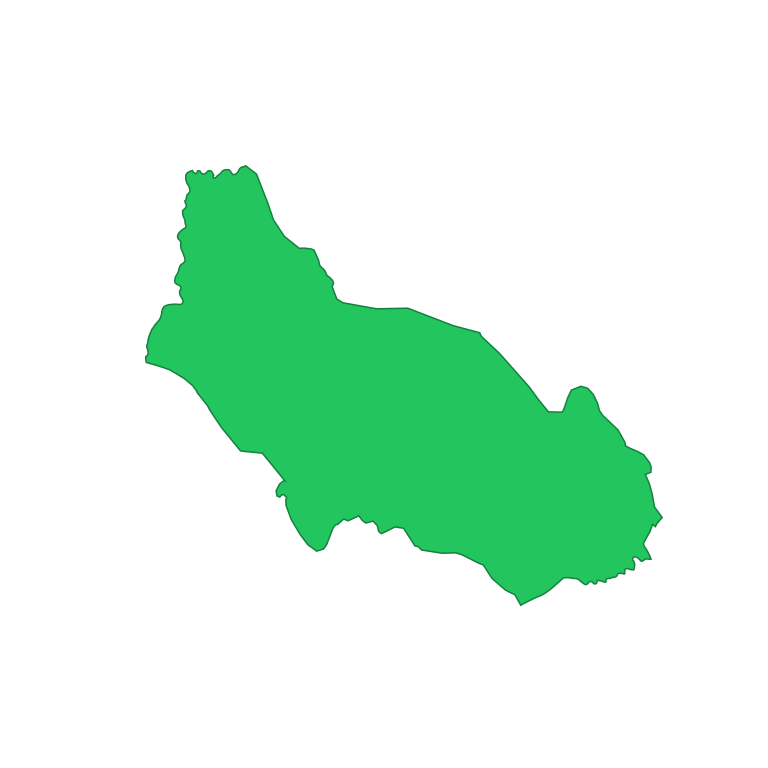 Ar Rujum, Al Mahwit, Yemen, rotated 154°
{"feature_id": "15242507B44353652125997", "entity_name": "Ar Rujum", "entity_type": "district", "adm_level": 2, "iso_a3": "YEM", "parent_name": "Yemen", "parent_adm1": "Al Mahwit", "projection": "robinson", "projection_center": [43.673, 15.406], "detail": "fine", "context": "isolated", "style": "filled", "palette": "green", "viewbox_px": 768, "rotation_deg": 154, "n_neighbors": 0, "source": "geoboundaries", "source_scale": "gbopen_adm2", "svg_char_len": 5619}
<svg xmlns="http://www.w3.org/2000/svg" viewBox="0 0 768 768"><g transform="rotate(154 384 384)"><path d="M220.8,109.5L220.5,112.5L220.5,116.7L220.7,120.6L221.2,124.1L220.9,126.7L220.8,126.9L213.6,132.1L209.8,134.6L204.3,140.0L202.5,136.8L200.5,138.6L192.5,142.1L194.8,154.7L191.1,168.0L189.5,176.3L189.1,180.0L188.7,188.1L182.8,187.7L180.1,192.8L179.8,197.0L181.4,204.9L181.5,206.3L185.3,211.7L191.1,218.5L194.0,222.5L193.0,226.1L193.8,240.1L201.2,260.0L202.0,265.5L200.5,273.3L200.5,279.6L200.5,282.9L202.8,290.9L205.2,293.1L208.2,295.7L208.7,295.7L218.3,296.4L224.8,291.2L231.6,284.3L234.7,281.4L236.6,280.8L248.4,286.9L251.9,301.8L254.9,318.2L257.8,328.6L266.7,360.6L275.6,384.1L275.5,388.1L278.0,390.3L296.0,405.9L301.1,411.3L329.4,441.7L357.8,454.9L385.4,475.1L389.1,481.1L388.5,488.5L387.8,494.6L385.9,495.9L385.0,497.0L384.8,499.6L386.6,504.9L387.6,505.7L387.6,511.9L387.7,512.7L389.9,518.7L389.6,519.2L388.5,524.1L388.2,535.1L390.5,537.5L396.1,541.1L400.7,543.1L408.9,560.5L411.4,579.9L409.6,593.9L409.3,595.8L406.6,628.1L406.8,628.8L407.1,629.7L410.2,635.8L412.6,640.7L414.3,640.8L416.2,641.2L418.0,641.2L419.7,640.6L421.2,639.5L422.6,638.5L424.6,637.8L426.3,637.7L428.0,638.5L428.6,640.6L428.7,642.4L429.3,644.4L430.8,645.3L432.5,646.1L434.7,646.4L436.5,646.1L438.2,645.1L440.3,644.5L442.2,644.3L444.0,643.5L445.7,643.2L447.0,644.4L446.5,645.8L446.3,645.8L445.8,645.9L445.5,646.5L445.5,647.8L445.7,650.2L446.2,651.5L447.5,652.2L448.3,652.7L449.9,652.3L451.8,651.6L453.5,651.4L455.0,652.5L456.0,654.2L456.1,656.3L458.0,657.3L459.2,656.1L460.1,655.7L461.1,655.9L461.6,656.2L462.2,657.0L462.5,657.9L462.6,658.8L462.6,659.6L462.6,659.8L464.1,660.1L464.3,660.1L465.0,660.3L466.7,660.1L468.5,660.0L470.6,658.6L472.3,655.3L473.0,652.2L473.0,648.9L472.6,647.6L473.5,643.0L474.7,641.6L477.6,640.5L478.3,640.1L479.3,638.8L480.8,637.1L481.1,636.2L482.7,635.9L483.2,634.0L483.1,632.0L484.0,630.0L485.8,629.1L487.5,628.6L489.1,628.0L489.9,626.2L490.6,624.5L490.9,622.6L491.0,620.8L491.1,618.5L491.1,618.4L492.1,616.2L492.5,614.4L492.7,612.1L493.6,611.6L495.5,611.4L497.2,611.2L499.0,610.8L501.1,610.1L502.8,609.3L504.3,608.1L505.2,606.4L505.3,604.4L504.6,602.5L504.3,600.7L505.3,598.8L506.3,597.2L506.9,595.2L507.1,593.3L507.1,591.5L507.3,589.4L507.6,587.3L507.8,585.3L507.9,584.6L508.2,583.4L509.1,581.6L510.9,580.8L512.5,580.5L514.2,580.3L515.8,579.4L517.3,577.9L518.6,576.4L519.7,575.1L521.2,573.9L522.9,572.7L524.4,571.8L525.7,570.1L527.0,568.4L527.4,566.3L526.5,564.4L525.4,563.0L524.3,561.6L524.1,559.7L525.3,558.2L526.8,557.3L527.8,555.7L528.3,553.2L528.3,551.0L528.0,548.8L528.0,547.0L529.0,545.4L530.6,544.6L532.3,544.8L534.2,545.8L535.8,546.9L537.5,547.7L539.5,548.5L541.2,549.1L542.7,549.6L544.7,550.0L546.4,550.1L548.1,549.9L550.0,548.6L551.7,546.8L552.7,545.2L554.1,543.4L555.4,542.0L557.0,540.7L558.7,539.6L560.3,539.1L561.9,538.4L563.6,537.7L564.5,537.2L565.3,536.7L566.8,535.8L566.9,535.7L567.2,535.6L568.9,534.7L570.4,533.3L571.9,532.2L572.4,531.6L573.3,530.8L574.5,529.6L574.6,529.4L574.8,529.3L576.3,527.6L577.4,526.0L578.5,524.3L579.5,523.4L580.2,522.8L581.0,521.0L581.0,520.9L581.4,518.7L581.8,517.2L582.0,516.6L582.6,514.7L584.3,513.3L586.0,513.1L586.6,512.1L586.6,511.9L587.0,511.2L587.7,509.3L588.2,507.5L586.2,505.8L578.2,498.5L570.4,490.7L561.2,476.6L556.6,466.2L555.6,460.4L555.6,457.6L552.1,441.8L552.0,436.9L549.2,416.1L542.3,386.8L538.9,384.5L523.7,375.2L515.6,340.6L516.1,341.1L521.7,339.9L527.8,335.3L529.3,330.3L527.2,328.0L524.7,329.2L522.7,328.6L521.2,324.7L522.8,323.3L525.2,318.1L526.8,303.0L525.3,285.0L522.9,273.0L517.8,263.3L510.7,262.2L510.1,262.5L506.3,264.5L499.8,270.5L493.3,276.6L490.2,278.4L488.1,278.5L487.1,278.1L479.5,280.3L476.2,276.8L464.4,276.5L463.3,270.8L461.3,267.0L454.1,265.6L452.1,260.0L453.4,253.9L452.0,250.6L444.9,250.6L436.8,250.7L429.7,245.8L429.0,240.2L427.2,225.1L427.2,224.9L424.5,222.8L423.0,218.3L406.1,206.5L396.3,202.0L394.1,201.2L389.2,196.8L386.3,193.1L377.3,181.3L374.1,177.9L372.1,161.7L365.5,146.3L365.2,145.6L362.2,141.6L361.5,140.7L359.1,137.7L358.7,137.1L358.1,125.1L356.8,125.4L353.8,125.4L347.2,125.5L342.4,125.5L334.4,125.1L330.5,125.4L326.4,126.1L320.4,127.5L320.0,127.6L317.8,128.3L317.7,128.3L307.8,131.0L306.2,130.6L304.8,129.8L303.2,129.2L301.8,128.2L300.1,126.9L298.6,126.1L297.3,125.3L295.8,124.2L295.0,123.2L293.8,120.6L292.9,118.6L292.7,118.2L291.9,116.8L291.4,115.9L290.6,115.2L289.8,115.1L288.7,115.1L287.8,115.5L286.9,115.9L286.6,116.0L285.7,116.1L285.0,116.1L284.5,115.8L284.2,115.5L283.5,114.4L283.4,114.3L283.3,113.4L282.9,112.6L282.5,112.2L282.3,112.0L281.7,111.6L281.0,111.6L280.4,111.7L280.2,111.9L279.3,112.8L278.8,113.7L278.7,113.8L277.7,113.6L276.5,112.8L275.1,111.7L274.3,111.0L273.9,110.4L273.3,109.7L272.7,109.2L272.3,109.0L271.8,108.8L271.4,108.8L271.0,109.2L270.6,109.9L270.2,110.7L269.7,111.2L269.4,111.2L268.8,111.2L267.5,111.0L266.7,110.4L265.9,110.1L265.1,110.1L264.4,110.1L263.5,110.1L262.7,109.6L261.9,109.3L260.5,109.2L259.7,109.2L259.1,109.3L258.5,109.8L258.0,110.2L257.8,110.3L257.1,110.8L256.4,110.9L255.3,110.7L254.2,110.0L253.1,109.3L252.3,108.7L251.7,108.1L251.1,107.9L250.6,108.0L250.4,108.6L250.3,109.5L249.4,110.6L249.0,111.1L248.8,111.4L248.3,111.8L247.3,111.8L247.2,111.8L246.0,111.5L245.3,110.6L244.5,110.2L244.0,109.3L243.0,108.6L242.1,108.1L241.4,107.6L240.8,107.6L240.5,107.8L240.4,107.9L239.5,109.1L238.9,110.2L238.0,111.4L237.5,112.5L237.4,113.4L237.5,113.9L237.1,115.0L237.7,116.9L237.0,118.1L235.8,118.8L234.3,118.9L232.6,117.4L231.2,114.1L230.6,112.1L229.4,111.5L226.1,112.0L224.4,111.6L223.3,110.8L221.8,109.9L220.8,109.5Z" fill="#22c55e" stroke="#15803d" stroke-width="1.5"/></g></svg>